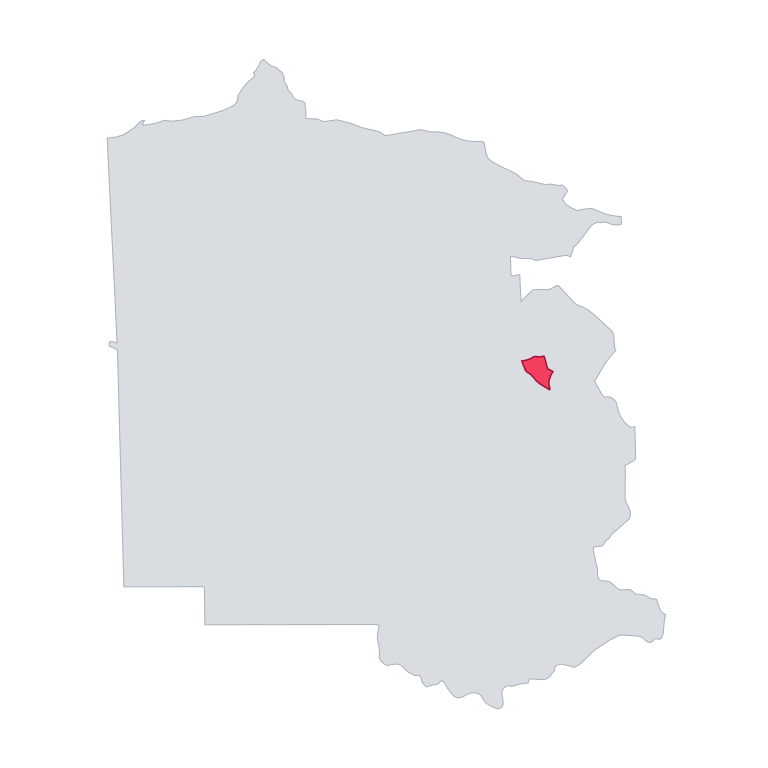 location of Delami, South Kordufan, Sudan, rotated 268°
{"feature_id": "16777658B3840179969595", "entity_name": "Delami", "entity_type": "district", "adm_level": 2, "iso_a3": "SDN", "parent_name": "Sudan", "parent_adm1": "South Kordufan", "projection": "orthographic", "projection_center": [30.319, 11.667], "detail": "fine", "context": "in_parent", "style": "filled", "palette": "rose", "viewbox_px": 768, "rotation_deg": 268, "n_neighbors": 0, "source": "geoboundaries", "source_scale": "gbopen_adm2", "svg_char_len": 4928}
<svg xmlns="http://www.w3.org/2000/svg" viewBox="0 0 768 768"><g transform="rotate(268 384 384)"><path d="M543.2,626.8L535.7,626.9L534.9,625.1L535.0,620.2L535.8,616.5L538.4,610.6L537.7,607.3L538.1,602.7L536.0,597.6L517.9,582.7L514.4,578.6L504.7,574.9L506.3,570.6L502.1,539.8L504.0,536.3L504.5,530.8L504.4,526.1L506.6,518.2L506.9,514.8L487.8,514.8L487.6,518.2L488.5,522.0L488.5,523.5L462.0,523.8L472.7,535.8L473.2,541.1L472.7,547.7L472.8,552.0L473.5,554.7L476.4,560.1L476.2,561.1L475.5,562.4L456.8,578.7L453.6,586.2L451.2,590.1L445.7,596.7L428.5,614.0L425.7,615.2L412.5,615.8L411.2,616.2L410.2,617.0L409.6,616.8L398.3,606.7L379.4,594.6L366.9,600.9L363.4,603.2L363.3,609.0L361.5,612.0L358.1,615.3L348.8,617.3L344.0,619.0L338.2,622.3L332.5,627.8L332.1,630.6L332.7,633.2L300.7,632.9L298.6,630.8L294.0,621.7L290.8,622.2L261.6,620.9L257.5,621.8L249.1,625.4L244.9,625.9L240.6,624.2L225.5,606.0L222.2,603.8L218.8,599.5L215.6,597.6L214.5,596.2L214.2,594.3L214.3,590.4L213.3,587.9L210.9,587.3L190.3,591.1L187.4,590.6L183.1,591.2L181.6,591.9L179.8,594.3L179.4,599.2L178.9,601.6L177.2,604.3L171.3,610.3L170.0,612.9L170.1,619.6L169.7,623.0L168.8,624.5L166.2,627.0L165.2,628.5L164.1,637.0L160.8,642.2L160.0,644.0L159.8,647.7L159.2,648.9L149.9,651.6L146.4,653.4L144.2,656.3L143.7,657.5L139.7,656.4L134.7,655.5L125.0,654.4L121.1,652.9L119.3,650.9L120.0,645.7L119.1,644.6L117.5,643.6L116.5,641.3L116.8,638.6L122.0,632.8L123.1,629.6L124.8,614.5L124.5,609.9L120.6,601.4L111.6,586.6L109.5,583.7L98.1,571.4L96.8,569.6L94.2,564.4L97.5,553.4L97.8,550.4L97.1,547.2L94.2,544.7L91.6,544.4L88.3,541.3L86.1,539.9L84.2,537.2L82.9,533.5L84.2,520.5L83.6,518.7L80.7,518.2L80.0,517.2L80.2,514.7L78.9,507.2L77.3,501.0L78.3,497.6L76.0,492.9L71.4,490.8L62.2,492.0L59.3,491.7L57.4,490.8L56.1,489.0L55.4,487.0L56.2,484.0L58.9,478.5L62.3,474.0L69.1,470.1L70.9,467.9L72.0,465.5L72.3,462.7L71.9,459.7L71.2,457.0L69.4,453.3L67.8,449.0L67.8,446.2L68.8,444.2L70.6,441.8L77.3,437.1L84.1,433.3L85.3,431.9L84.9,430.2L82.0,426.8L81.2,420.4L79.7,415.9L83.2,412.6L85.7,411.5L89.7,410.6L91.2,409.2L91.8,406.5L91.7,404.0L93.2,402.1L95.2,398.1L96.8,396.3L102.0,391.6L103.3,388.5L103.7,385.6L102.6,376.5L105.7,372.8L109.5,369.8L114.9,370.1L123.3,369.7L129.0,368.5L133.1,368.6L142.3,370.5L143.3,369.8L143.9,367.5L149.6,196.6L187.2,197.4L187.7,197.1L190.4,116.9L425.7,118.8L427.7,118.5L431.3,111.0L432.9,110.5L435.3,110.9L436.2,112.6L434.3,118.7L639.4,115.9L640.2,125.1L642.2,132.3L648.4,142.7L653.6,148.2L655.5,151.2L655.7,152.7L655.6,154.0L654.0,152.5L651.4,151.5L651.3,156.5L652.9,166.5L655.3,173.5L654.1,180.0L654.7,191.1L657.9,204.3L657.7,212.8L662.9,232.5L667.5,243.4L669.9,246.0L672.6,247.4L677.6,248.2L685.2,253.6L691.3,259.4L693.5,262.4L696.5,265.7L698.4,265.1L699.5,264.1L701.6,266.8L711.1,272.5L712.6,275.2L709.4,278.0L705.7,282.7L704.0,287.1L703.1,288.5L700.1,291.3L699.6,292.6L698.3,293.5L696.9,293.6L693.8,295.1L690.9,294.7L688.0,295.6L687.0,296.7L684.8,297.7L681.7,298.2L677.0,302.0L672.8,303.9L671.4,305.4L669.5,312.7L667.9,314.7L661.7,315.0L658.6,315.7L654.4,315.0L652.4,315.2L651.9,316.7L651.3,323.0L651.6,325.7L648.3,332.9L649.7,346.2L646.6,356.3L646.2,358.6L643.0,366.6L641.3,369.6L637.3,384.5L635.7,389.1L632.1,394.0L636.9,429.6L634.0,440.6L634.3,446.6L632.3,455.4L630.7,459.5L627.9,464.5L625.6,470.0L623.7,477.3L622.7,491.1L622.0,492.3L610.7,494.2L607.1,495.3L604.8,496.8L601.9,500.4L596.3,510.2L593.3,516.2L588.7,524.3L583.2,530.2L582.1,533.0L581.3,538.2L579.3,546.4L577.6,552.3L578.0,557.0L576.3,565.1L576.6,569.1L574.7,571.3L572.1,573.5L570.3,574.0L562.3,568.7L556.7,572.5L553.3,577.9L550.6,583.2L552.3,594.5L552.2,597.0L551.5,599.7L546.3,610.8L544.8,615.9L543.2,624.7L543.2,626.8Z" fill="#d9dde1" stroke="#a8b0b8" stroke-width="1"/><path d="M405.8,540.4L405.9,537.5L406.2,537.3L406.2,535.0L406.0,534.3L405.2,533.2L404.7,532.2L404.2,531.2L403.9,530.3L403.6,529.5L403.3,528.7L403.1,527.5L402.7,526.6L402.6,525.7L402.5,524.5L402.4,523.4L402.2,522.5L401.9,522.7L401.2,522.9L400.2,523.2L399.5,523.4L398.6,523.7L397.4,524.2L396.2,524.5L395.3,524.9L394.6,525.2L394.0,525.3L393.8,525.7L393.2,525.6L392.9,526.0L392.3,526.1L391.7,526.5L391.2,527.0L390.5,527.9L388.8,530.5L388.1,531.3L387.1,532.1L384.8,534.0L382.8,535.6L381.9,536.2L380.5,537.8L378.9,539.6L377.1,542.0L376.3,543.4L375.2,545.1L373.9,547.0L372.9,548.5L372.6,549.2L372.6,549.3L372.6,549.2L372.6,549.3L373.6,549.8L374.4,549.4L375.0,549.5L375.5,549.2L376.0,549.3L376.4,549.0L377.3,548.9L377.9,548.8L381.2,548.9L383.4,549.7L383.9,550.0L385.5,550.6L386.0,550.7L386.4,550.8L387.2,551.2L389.8,552.9L390.6,553.3L390.9,552.5L392.9,549.7L392.9,549.3L393.0,549.0L393.1,548.4L393.4,548.1L393.9,547.8L394.3,547.8L394.7,547.6L395.2,547.8L395.6,547.5L396.1,547.4L396.9,547.2L397.7,547.0L398.1,546.9L398.7,547.0L399.2,546.7L399.9,546.5L400.7,546.4L401.2,546.3L402.7,545.9L403.6,545.7L404.7,545.5L405.3,545.2L406.1,545.0L406.2,543.8L405.9,543.4L405.8,540.4Z" fill="#f43f5e" stroke="#9f1239" stroke-width="1.5"/></g></svg>